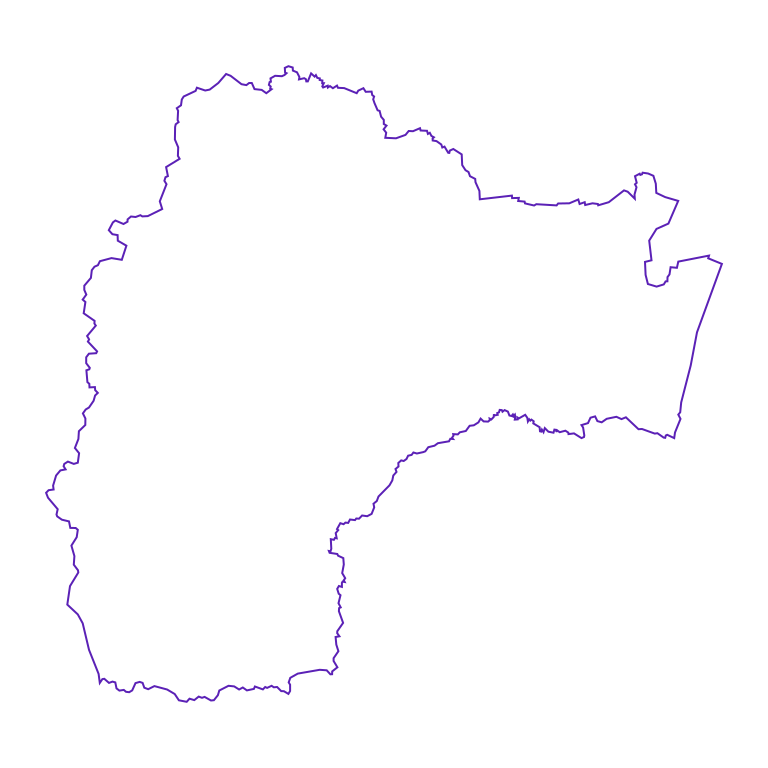 outline of Pak Tho, Ratchaburi, Thailand
{"feature_id": "78962969B58694700043787", "entity_name": "Pak Tho", "entity_type": "district", "adm_level": 2, "iso_a3": "THA", "parent_name": "Thailand", "parent_adm1": "Ratchaburi", "projection": "robinson", "projection_center": [99.695, 13.356], "detail": "fine", "context": "isolated", "style": "outline", "palette": "violet", "viewbox_px": 768, "rotation_deg": 0, "n_neighbors": 0, "source": "geoboundaries", "source_scale": "gbopen_adm2", "svg_char_len": 5974}
<svg xmlns="http://www.w3.org/2000/svg" viewBox="0 0 768 768"><path d="M721.9,263.9L708.2,258.3L709.0,255.6L678.3,261.6L676.9,267.8L670.6,267.2L669.5,274.4L667.5,277.1L667.4,281.3L665.6,281.4L663.8,284.4L656.6,286.6L647.9,284.0L645.6,274.9L645.0,261.9L651.5,260.3L649.2,240.6L656.5,228.9L668.4,223.6L678.2,200.9L665.2,197.1L656.3,192.9L655.8,183.7L653.4,175.8L648.1,173.5L642.6,172.7L642.0,174.3L640.3,174.9L639.7,173.7L635.0,176.2L636.7,182.8L635.0,184.3L636.5,187.2L634.5,194.6L634.8,198.7L627.7,191.7L624.0,190.4L608.8,202.2L598.2,205.3L597.9,204.0L592.5,203.3L585.2,205.0L584.7,202.2L579.6,204.0L578.3,199.5L569.3,203.3L558.1,203.5L556.6,205.4L536.3,204.2L534.1,205.5L525.0,203.4L524.6,201.6L518.2,201.0L518.8,197.9L512.1,198.1L511.9,195.6L479.8,199.3L479.4,190.9L475.5,182.2L475.2,178.9L470.0,176.2L468.5,172.0L465.5,170.2L462.2,165.1L461.7,154.4L453.3,149.0L449.8,150.6L449.3,152.9L448.2,152.8L444.5,146.6L442.3,147.5L441.3,144.5L436.5,141.1L432.7,140.5L432.6,138.5L433.9,137.3L431.4,135.9L429.8,132.8L427.9,133.9L427.0,130.8L420.6,130.5L420.0,128.2L413.0,131.2L408.7,131.0L405.5,134.9L396.0,138.3L385.3,137.8L386.2,132.7L383.6,129.3L386.5,125.6L383.8,124.0L383.8,119.9L381.1,116.7L379.6,110.9L377.6,110.3L374.5,103.1L373.2,99.3L374.1,96.5L372.2,95.0L371.6,91.6L365.7,91.8L363.4,88.2L358.3,90.6L356.7,93.2L344.2,88.1L338.0,87.8L337.0,85.6L332.9,88.2L330.0,86.1L327.9,87.5L327.7,85.7L323.1,87.5L322.3,86.4L323.8,83.2L322.2,83.2L322.4,80.5L319.7,80.0L319.8,78.4L317.3,77.9L315.9,75.1L314.6,76.6L311.1,73.4L307.8,81.4L306.3,81.4L305.9,79.2L304.2,78.2L299.0,79.4L299.4,77.0L297.0,72.3L292.9,70.6L292.7,67.5L288.4,66.2L284.8,67.9L285.1,72.6L286.5,73.2L284.5,75.0L281.9,76.2L275.1,75.8L270.5,78.4L270.9,81.7L269.6,82.1L268.9,84.9L270.7,86.5L270.2,88.6L271.6,89.2L266.3,93.2L261.7,89.9L254.5,89.1L251.8,83.0L249.1,83.0L246.4,85.1L241.5,84.2L230.6,75.8L226.1,74.0L218.3,83.0L209.7,89.6L205.2,90.5L196.9,87.7L195.6,90.9L183.7,96.5L181.8,99.5L181.0,105.3L176.8,108.2L178.1,110.8L177.6,120.1L178.6,122.1L175.7,124.3L175.1,127.0L174.9,139.5L178.2,147.3L177.9,155.9L179.6,158.8L166.1,167.1L167.9,176.1L165.5,177.2L164.4,180.8L166.5,184.2L159.8,201.3L162.2,209.0L147.8,216.1L142.3,216.4L140.4,215.2L135.6,217.0L131.0,216.5L127.6,219.4L127.5,221.7L123.5,224.0L115.4,220.5L112.9,222.4L108.8,230.2L112.4,234.2L117.6,235.1L117.8,240.7L126.4,245.7L121.8,259.8L111.5,258.1L99.9,261.2L97.9,265.2L94.5,266.7L91.8,270.2L90.9,277.9L84.3,285.7L84.3,289.9L86.3,294.6L82.7,299.6L85.4,302.0L83.7,313.3L94.6,320.9L94.4,323.5L95.8,325.6L87.1,336.0L89.1,339.4L87.9,341.6L97.1,351.4L96.2,353.2L88.9,353.7L86.2,357.3L86.2,363.2L89.8,367.9L89.3,369.3L86.4,370.3L87.4,382.1L89.3,383.8L89.5,387.4L94.9,387.1L95.2,390.2L97.8,392.9L95.1,395.5L93.6,400.8L89.0,407.5L85.7,409.5L82.9,413.4L85.4,418.5L85.3,425.0L78.9,431.2L78.4,439.0L74.9,448.0L79.1,453.2L77.8,462.7L73.8,463.9L67.9,461.6L64.3,463.9L63.6,466.2L65.6,469.4L60.4,470.4L56.1,475.5L53.1,485.6L53.6,489.5L48.6,490.2L46.1,492.8L48.0,497.7L57.7,509.2L56.5,514.5L57.2,516.4L61.9,519.7L69.0,521.4L70.3,527.9L75.7,528.0L77.8,529.8L76.7,537.2L71.4,545.6L74.4,556.1L73.8,564.7L78.0,570.3L78.3,572.5L70.0,586.1L67.3,604.6L77.8,614.4L82.7,623.3L89.0,649.8L98.6,673.9L99.8,682.9L102.4,679.1L104.3,678.8L109.0,682.9L112.5,681.6L115.3,682.4L116.5,688.4L119.4,690.6L123.8,689.9L126.0,691.8L129.2,692.2L132.2,690.4L135.5,683.1L139.7,681.9L142.6,682.9L144.3,687.7L148.2,689.2L154.4,686.1L167.1,689.5L174.7,694.0L178.9,700.3L186.7,701.8L189.5,698.7L194.3,700.1L198.7,696.6L202.0,697.8L204.6,696.9L211.0,700.5L213.9,700.2L217.9,695.2L219.3,690.5L228.5,685.8L234.2,686.4L239.1,689.5L242.8,687.5L246.9,690.4L253.9,688.9L254.9,686.5L262.9,689.4L265.2,687.0L267.1,687.9L271.6,685.8L273.8,687.3L277.1,687.0L281.2,691.1L283.9,691.2L288.4,693.9L290.1,691.0L290.1,684.7L288.7,682.4L290.3,677.8L297.8,673.6L319.7,669.8L326.7,670.3L330.4,674.3L332.1,674.2L332.2,671.4L337.4,667.3L333.6,661.0L333.6,658.2L338.4,651.2L336.3,644.6L335.6,637.0L339.4,636.3L337.2,633.2L337.3,631.2L343.1,622.9L338.9,611.2L339.1,608.1L340.7,607.4L338.5,603.2L340.5,595.2L338.7,593.7L337.2,588.9L338.9,586.0L341.9,586.9L341.9,582.8L342.6,581.6L344.7,582.0L343.8,580.2L345.2,578.2L342.2,573.1L343.8,564.5L343.3,558.1L338.1,555.7L337.3,554.0L329.6,552.8L328.9,551.0L330.5,551.3L331.3,548.8L330.8,539.2L333.9,539.8L335.0,537.9L336.7,538.3L335.7,533.1L338.2,530.1L337.0,529.1L340.3,523.2L343.6,524.2L345.4,522.6L348.2,522.9L350.0,519.5L355.0,520.1L356.3,518.5L359.0,518.7L362.1,515.5L367.2,516.2L371.6,513.9L374.2,507.4L373.5,503.7L376.8,501.0L378.5,496.5L389.5,485.3L392.3,480.4L393.3,475.5L396.5,471.9L395.5,469.0L398.5,466.5L398.3,463.0L401.2,460.4L403.7,461.0L406.5,459.0L408.1,455.7L411.6,454.9L413.4,452.5L416.9,453.5L423.3,452.1L425.3,451.3L428.3,447.2L434.5,445.7L437.9,443.2L449.0,441.3L450.3,438.8L453.0,439.0L452.0,437.8L453.5,435.7L453.2,434.1L457.8,434.4L459.8,432.3L465.8,431.0L469.6,425.8L473.8,425.3L478.4,422.4L480.6,418.6L483.6,421.4L488.1,421.6L489.8,420.2L489.6,418.6L491.3,419.5L493.7,417.0L493.9,414.2L494.3,415.5L497.7,414.8L497.2,413.1L499.0,412.3L499.7,409.9L501.8,410.1L502.5,411.7L504.6,410.1L507.9,411.6L509.4,415.5L511.5,416.0L512.9,414.4L513.7,415.9L514.9,414.6L515.2,416.4L513.7,416.8L515.2,417.5L514.8,419.6L517.6,419.4L517.5,417.5L518.9,418.4L525.2,414.8L527.3,417.8L527.9,421.5L529.2,419.3L530.3,420.6L531.4,419.6L533.7,421.3L533.3,423.4L539.6,427.2L540.0,431.3L541.2,431.6L541.9,429.6L543.5,432.2L544.8,428.1L548.4,431.7L553.5,432.7L554.4,429.6L556.3,429.9L556.3,432.0L557.1,430.3L559.7,432.2L565.4,430.7L568.3,432.6L568.5,434.1L574.0,433.4L581.5,438.1L584.0,437.0L584.3,435.4L583.1,427.5L581.5,425.1L588.0,423.1L590.5,417.7L595.1,416.4L597.4,421.1L601.7,422.3L606.7,418.8L616.4,416.8L621.5,419.1L625.9,417.3L638.5,429.2L642.0,429.0L654.8,433.6L657.4,433.2L663.7,437.6L665.2,437.8L665.8,435.5L667.2,434.8L674.2,438.1L675.0,432.5L680.5,418.9L678.3,414.6L680.2,412.3L681.2,402.4L690.7,365.5L697.0,332.3L721.9,263.9Z" fill="none" stroke="#5b21b6" stroke-width="2"/></svg>